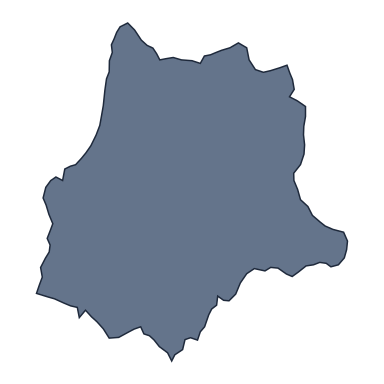 the district of Itapecerica da Serra, São Paulo, Brazil
{"feature_id": "56859067B35127422475482", "entity_name": "Itapecerica da Serra", "entity_type": "district", "adm_level": 2, "iso_a3": "BRA", "parent_name": "Brazil", "parent_adm1": "São Paulo", "projection": "equal_earth", "projection_center": [-46.858, -23.736], "detail": "fine", "context": "isolated", "style": "filled", "palette": "slate", "viewbox_px": 384, "rotation_deg": 0, "n_neighbors": 0, "source": "geoboundaries", "source_scale": "gbopen_adm2", "svg_char_len": 1703}
<svg xmlns="http://www.w3.org/2000/svg" viewBox="0 0 384 384"><path d="M36.5,293.4L47.8,296.9L54.5,298.8L64.0,303.1L70.7,305.9L77.3,307.4L79.3,317.6L85.5,310.2L91.5,316.8L97.0,321.8L103.3,328.8L109.2,338.1L118.7,337.4L128.8,331.9L134.1,329.1L140.7,326.8L143.9,333.9L149.4,335.7L154.0,339.9L159.3,346.6L167.6,352.8L171.7,361.0L174.8,354.8L182.6,349.6L185.0,339.6L190.5,337.7L197.5,340.1L200.3,331.8L204.6,326.8L208.7,314.9L211.7,309.0L216.6,305.2L217.7,296.1L223.6,300.3L229.0,300.8L235.7,294.1L240.3,283.0L246.7,273.7L254.3,268.6L265.0,270.9L270.7,267.4L278.0,268.1L286.4,274.0L292.2,276.5L298.3,272.1L306.1,265.9L313.5,264.8L319.7,262.4L326.2,263.3L330.9,266.8L338.4,264.8L344.3,257.9L346.6,249.7L347.5,241.1L343.6,232.2L332.9,229.4L325.1,226.0L319.7,221.7L312.4,215.4L307.9,206.5L300.5,199.7L297.6,189.4L293.9,180.5L293.7,173.2L300.5,164.6L304.0,154.1L304.6,144.9L303.5,134.8L303.8,126.3L305.5,116.5L305.5,106.5L297.4,100.9L289.5,96.8L294.2,89.4L292.5,79.6L289.8,73.1L287.0,65.2L280.0,67.7L270.4,70.7L263.4,72.3L255.4,69.6L249.1,59.9L246.7,47.8L238.4,42.9L229.9,47.8L221.6,50.3L216.0,52.5L210.5,54.8L204.4,56.0L200.3,63.4L192.0,60.7L181.5,59.9L173.2,57.5L165.9,58.7L159.8,59.9L156.6,53.7L152.9,48.1L147.1,45.4L141.3,40.1L134.6,30.0L127.7,23.0L120.1,26.8L116.7,32.3L114.1,38.9L111.4,44.8L112.3,52.5L109.4,60.7L109.2,71.9L106.5,78.8L104.9,90.2L103.3,105.6L101.4,116.5L99.8,125.4L96.1,135.1L90.9,145.7L85.9,152.9L81.3,158.5L75.6,164.7L70.4,166.2L64.8,169.0L62.6,180.5L55.9,177.0L50.7,180.6L45.8,187.3L43.1,198.0L46.1,205.0L48.9,214.3L52.8,223.7L50.4,230.2L47.2,238.4L50.1,245.0L49.2,252.0L45.4,258.2L40.6,267.5L42.3,277.1L39.4,284.9L36.5,293.4Z" fill="#64748b" stroke="#1e293b" stroke-width="1.5"/></svg>